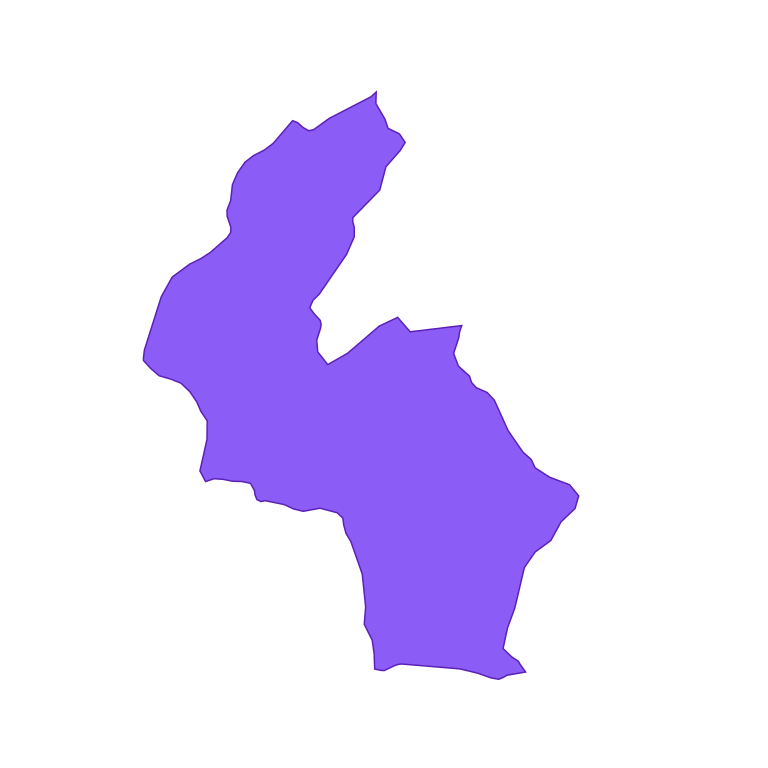 the border of Samegrelo-Zemo Svaneti, rotated 292°
{"feature_id": "GEO-3029", "entity_name": "Samegrelo-Zemo Svaneti", "entity_type": "Region", "adm_level": 1, "iso_a3": "GEO", "parent_name": "Georgia", "parent_adm1": "", "projection": "robinson", "projection_center": [42.261, 42.648], "detail": "fine", "context": "isolated", "style": "filled", "palette": "violet", "viewbox_px": 768, "rotation_deg": 292, "n_neighbors": 0, "source": "natural_earth", "source_scale": "10m", "svg_char_len": 1863}
<svg xmlns="http://www.w3.org/2000/svg" viewBox="0 0 768 768"><g transform="rotate(292 384 384)"><path d="M384.1,145.1L403.9,147.6L422.6,159.1L431.3,166.9L440.8,173.6L460.9,183.8L467.2,185.1L471.9,183.3L480.7,175.8L486.4,173.3L496.7,173.1L512.0,168.8L525.1,169.1L537.8,172.1L547.0,177.5L556.2,185.5L565.8,191.2L593.9,200.6L594.0,206.0L591.5,212.8L590.6,219.3L593.6,223.6L609.9,233.8L645.3,264.2L651.8,267.4L641.0,271.4L629.9,285.7L622.6,291.9L621.7,304.6L615.9,313.1L606.7,311.6L586.2,304.4L562.2,307.4L526.4,292.7L522.2,294.6L518.2,297.7L509.3,301.3L490.0,300.7L443.1,290.3L435.0,286.8L426.8,286.6L422.7,293.4L419.2,300.9L415.7,303.4L411.7,304.3L399.5,305.2L389.0,310.5L380.9,324.6L399.0,338.8L435.9,357.9L450.9,371.7L442.2,388.7L467.3,434.2L461.0,434.5L455.0,436.0L438.4,437.1L428.4,446.4L423.3,460.4L418.3,464.5L415.1,470.8L414.8,482.7L410.4,492.3L387.2,516.6L372.9,538.3L369.1,548.9L362.9,555.5L359.6,572.5L360.1,593.8L353.2,606.4L340.1,607.8L322.6,599.8L301.4,597.3L284.7,587.0L266.4,582.9L225.3,589.2L204.1,589.9L183.3,593.5L178.8,604.7L177.3,612.5L175.5,614.6L170.0,623.2L160.0,607.1L156.5,604.4L153.2,601.0L151.6,593.3L151.0,579.4L148.3,561.1L131.0,505.3L129.7,502.8L127.4,499.8L118.5,491.7L117.4,488.8L116.2,482.1L117.9,481.4L125.7,477.9L129.5,476.3L142.0,469.1L149.3,460.8L153.8,455.7L170.1,450.6L171.2,450.1L199.7,435.0L225.7,412.1L226.1,411.5L231.4,404.6L238.3,399.4L244.2,396.1L247.1,388.8L246.1,381.0L244.9,371.3L235.7,356.8L234.3,346.9L234.8,336.4L231.3,317.6L228.9,313.9L229.2,309.5L232.7,306.1L236.8,303.7L241.9,297.4L240.3,288.6L237.6,281.4L237.1,280.0L235.3,270.4L232.5,261.9L226.7,255.1L231.9,249.0L234.4,245.9L266.4,240.6L283.6,233.9L289.9,224.6L297.5,216.8L304.1,206.9L308.7,195.4L308.6,184.1L307.4,172.5L311.0,161.9L315.6,152.3L317.4,151.4L325.8,149.1L381.4,144.8L384.1,145.1Z" fill="#8b5cf6" stroke="#5b21b6" stroke-width="1.5"/></g></svg>